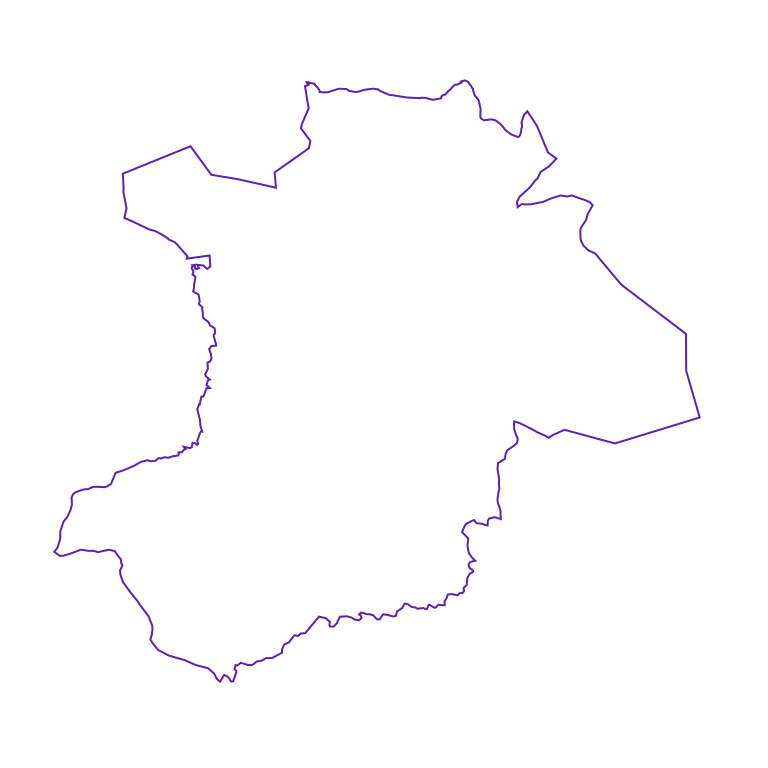 San Andrés Solaga, Oaxaca, Mexico (Natural Earth projection), rotated 274°
{"feature_id": "50627088B53471803847057", "entity_name": "San Andrés Solaga", "entity_type": "district", "adm_level": 2, "iso_a3": "MEX", "parent_name": "Mexico", "parent_adm1": "Oaxaca", "projection": "natural_earth1", "projection_center": [-96.225, 17.275], "detail": "fine", "context": "isolated", "style": "outline", "palette": "violet", "viewbox_px": 768, "rotation_deg": 274, "n_neighbors": 0, "source": "geoboundaries", "source_scale": "gbopen_adm2", "svg_char_len": 5523}
<svg xmlns="http://www.w3.org/2000/svg" viewBox="0 0 768 768"><g transform="rotate(274 384 384)"><path d="M575.6,108.8L560.7,110.6L557.3,110.6L547.1,113.4L541.3,114.9L531.6,113.4L528.6,121.8L521.9,138.7L520.6,145.2L519.1,148.6L516.0,155.0L514.4,158.0L513.1,159.0L512.9,159.9L510.7,165.7L507.3,169.4L497.5,179.1L495.3,178.5L500.0,201.0L489.1,202.6L486.5,199.6L489.6,195.4L489.9,189.3L486.6,191.4L485.6,188.9L485.9,187.6L489.6,187.0L489.0,184.3L487.9,185.1L486.7,184.0L485.6,184.3L483.5,185.9L482.4,186.0L480.7,185.8L479.9,185.3L479.0,186.9L477.4,188.5L469.4,187.6L466.4,187.8L463.3,187.1L462.0,188.9L460.8,192.2L459.8,193.0L453.0,194.5L451.5,193.7L450.8,193.8L447.8,197.5L446.2,197.3L442.0,198.4L440.1,198.5L437.7,198.8L436.2,200.4L433.8,204.3L430.2,206.5L427.8,211.2L423.1,212.0L421.1,210.7L419.3,211.0L411.9,213.7L410.6,213.8L409.8,209.2L406.8,207.1L401.3,209.4L397.2,210.1L394.4,209.0L393.0,206.4L386.9,207.2L380.9,204.9L379.4,205.6L376.2,209.8L375.4,208.2L370.6,207.0L367.8,210.5L367.4,207.2L359.0,204.8L358.6,202.7L350.8,201.6L350.9,201.0L345.7,199.5L335.6,202.8L329.2,203.9L323.8,206.0L323.6,204.5L321.6,203.7L314.2,201.7L311.0,202.8L310.3,201.7L312.0,199.0L312.0,197.2L307.5,196.6L306.5,195.0L307.4,188.6L305.2,190.7L304.3,188.8L301.8,187.1L301.4,183.8L299.9,184.1L298.3,183.7L297.1,178.1L295.3,173.8L295.7,170.3L294.1,166.6L294.3,164.2L291.5,161.4L290.6,156.9L291.5,153.6L289.4,147.0L284.8,140.1L279.7,130.0L276.7,122.5L265.1,118.6L262.6,115.0L261.6,112.6L261.5,106.8L261.3,102.5L260.9,100.3L259.7,98.2L258.4,96.1L258.2,93.3L257.4,90.5L255.7,86.4L254.2,83.5L252.2,81.4L249.0,80.3L241.9,81.1L236.2,80.0L229.8,77.6L224.3,73.9L214.5,71.4L206.9,71.8L197.9,69.7L193.6,66.8L189.9,72.5L190.4,76.4L192.8,82.7L197.5,93.1L197.5,95.0L196.9,100.9L197.3,106.4L196.3,110.4L198.3,117.0L199.5,121.0L198.5,127.1L195.0,129.7L190.8,133.7L187.4,134.3L184.7,135.7L179.6,133.7L175.7,134.3L168.5,137.2L166.2,139.1L158.2,145.8L154.2,149.6L149.9,153.6L147.1,155.6L135.9,165.3L126.9,169.6L123.1,170.2L117.4,169.8L113.0,168.8L109.8,170.9L102.9,177.2L98.0,188.5L94.7,204.1L90.5,216.0L88.2,228.3L83.2,234.8L78.4,237.7L75.6,241.1L82.7,244.9L80.8,249.0L76.6,252.2L77.0,254.3L86.1,256.8L87.5,256.8L88.8,255.0L89.5,254.7L93.3,255.5L92.8,257.3L95.9,260.5L94.2,268.2L94.4,272.1L98.4,276.6L99.4,281.3L102.3,285.2L102.8,291.4L108.9,301.1L112.1,300.7L117.2,302.7L119.6,307.2L127.1,312.1L126.8,316.1L129.3,318.3L130.0,322.8L147.4,335.4L146.3,342.3L142.9,346.6L139.4,346.4L138.3,347.1L138.5,350.7L141.8,353.5L148.8,356.3L149.7,363.4L148.5,368.4L146.9,371.1L146.6,375.4L148.8,377.9L151.4,377.0L152.3,375.3L154.2,376.6L154.3,379.0L153.2,382.7L153.3,386.1L152.5,389.4L148.9,393.1L148.9,396.2L154.2,399.1L153.9,403.7L152.7,409.7L153.7,412.1L158.1,412.9L161.6,417.6L166.4,420.0L166.1,423.1L163.4,427.3L163.3,430.8L162.2,433.2L163.2,439.0L162.2,441.4L162.7,442.7L166.7,443.9L166.8,445.0L164.3,450.0L164.8,451.5L167.6,453.6L167.4,455.9L167.5,460.0L171.6,459.5L174.2,461.2L178.3,462.2L179.2,466.0L178.3,472.1L180.6,474.0L180.9,476.7L183.0,478.3L185.2,477.7L186.3,477.8L189.2,480.5L196.5,480.7L200.9,482.9L202.6,485.7L203.7,486.0L205.3,484.3L205.7,482.9L207.4,481.6L210.0,481.0L212.1,482.2L213.0,484.0L214.0,487.4L217.2,483.7L221.4,480.3L228.8,478.5L235.8,478.8L241.9,472.1L243.8,472.9L246.7,473.9L249.7,475.2L253.2,480.5L254.6,483.4L251.5,486.0L251.5,490.8L250.7,493.9L250.1,497.2L254.5,497.1L257.0,498.1L258.9,503.6L257.4,509.9L265.1,509.1L268.4,508.1L273.1,506.0L276.7,505.2L284.5,505.8L286.9,506.4L291.8,505.7L297.0,505.5L302.0,504.4L307.3,503.1L313.1,503.3L317.8,509.9L323.0,510.2L326.7,511.8L331.1,517.5L334.4,520.8L338.7,521.3L342.0,519.5L347.7,517.1L352.2,516.5L355.7,516.5L355.1,519.6L354.4,521.9L353.5,524.6L349.0,535.3L346.5,540.5L343.9,547.8L341.9,552.2L345.0,556.2L350.9,567.3L340.8,618.5L372.6,701.2L373.6,700.9L418.4,684.5L455.0,681.8L457.4,678.2L482.1,640.5L499.6,613.8L529.0,585.5L531.4,578.8L535.7,573.6L539.6,571.0L542.6,569.9L552.3,569.1L555.8,570.7L561.6,574.1L567.7,575.4L573.1,577.9L576.9,579.7L579.6,576.8L581.4,572.1L582.6,567.3L585.2,558.2L583.8,553.5L584.4,547.1L583.5,544.7L580.5,537.1L576.8,530.0L573.6,518.4L573.0,512.8L573.0,508.7L569.8,505.0L575.0,504.0L580.4,506.3L590.5,516.0L596.4,519.8L600.1,523.0L606.3,525.3L612.7,533.5L620.9,540.3L626.4,531.4L652.0,518.7L666.1,507.9L665.6,507.5L664.6,507.0L663.8,506.0L662.3,505.0L657.7,503.7L654.1,502.9L652.8,503.6L650.1,503.7L648.3,503.2L646.3,503.2L642.6,502.6L640.4,501.6L639.8,500.8L640.0,499.4L640.4,498.1L641.8,493.6L643.3,491.1L644.9,488.7L646.4,486.8L648.8,484.8L651.6,481.7L653.5,478.9L654.6,477.2L655.3,474.5L655.4,472.3L654.8,469.4L654.4,466.7L654.0,465.3L654.9,463.9L655.3,462.9L656.0,462.1L657.1,461.5L660.8,461.3L665.6,461.1L668.8,460.0L671.3,459.5L673.5,458.6L675.5,457.1L676.7,455.9L678.1,454.4L682.8,452.5L684.6,452.2L685.9,451.0L687.9,449.8L689.2,448.2L691.0,447.1L692.4,444.2L692.4,443.3L691.1,439.6L690.1,440.3L687.8,436.4L687.5,433.9L684.3,430.9L682.5,429.8L680.9,427.9L677.0,424.9L676.4,422.9L675.0,421.3L673.0,421.1L671.5,415.4L670.9,412.6L672.3,405.7L672.2,401.3L671.6,400.0L671.4,387.0L672.6,373.4L672.8,369.3L675.9,360.1L677.5,357.5L677.8,352.5L676.5,345.5L675.7,342.7L673.8,337.9L673.3,335.5L674.0,328.7L675.6,325.8L675.4,318.2L671.0,307.3L670.7,303.4L670.8,299.4L671.9,299.4L674.8,297.4L677.9,294.0L678.7,293.7L679.2,288.5L679.8,287.6L679.6,285.8L677.1,287.9L675.7,284.4L653.6,289.6L637.8,284.0L633.3,283.3L621.3,293.6L614.0,292.7L587.5,260.2L572.3,262.5L578.2,223.3L580.6,197.2L607.7,174.4L575.6,108.8Z" fill="none" stroke="#5b21b6" stroke-width="2"/></g></svg>